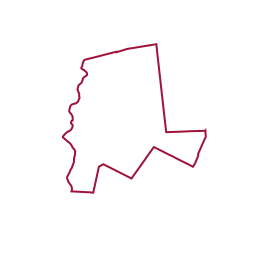 Hidalgo, Coahuila, Mexico, rotated 216°
{"feature_id": "50627088B72428644166662", "entity_name": "Hidalgo", "entity_type": "district", "adm_level": 2, "iso_a3": "MEX", "parent_name": "Mexico", "parent_adm1": "Coahuila", "projection": "albers", "projection_center": [-99.978, 27.853], "detail": "fine", "context": "isolated", "style": "outline", "palette": "rose", "viewbox_px": 256, "rotation_deg": 216, "n_neighbors": 0, "source": "geoboundaries", "source_scale": "gbopen_adm2", "svg_char_len": 3565}
<svg xmlns="http://www.w3.org/2000/svg" viewBox="0 0 256 256"><g transform="rotate(216 128 128)"><path d="M63.8,171.3L63.8,171.2L72.6,164.4L73.3,163.9L74.1,163.3L76.5,161.4L76.7,161.2L84.4,155.1L94.6,147.1L94.8,147.2L96.2,148.8L96.4,149.0L106.4,159.9L108.7,162.4L118.1,172.7L118.2,172.8L119.1,173.8L123.3,178.4L126.8,182.2L129.5,185.2L140.2,196.9L143.5,200.5L148.8,206.3L154.3,212.5L175.1,191.5L175.2,191.4L177.8,187.9L181.8,182.6L182.2,182.9L184.2,180.5L189.1,174.6L191.8,171.3L196.3,165.9L198.2,163.6L199.2,162.5L203.3,157.5L203.3,157.4L203.3,156.8L203.2,156.1L202.9,154.5L202.6,153.5L202.0,152.4L201.5,151.2L201.4,150.9L201.3,149.9L201.3,149.6L201.1,149.2L200.9,149.0L200.7,148.8L200.4,148.8L199.6,148.7L198.9,148.8L198.3,149.0L197.9,149.1L197.7,149.1L197.4,148.9L197.1,148.9L196.5,148.9L196.4,148.9L196.0,148.9L195.7,148.9L195.1,148.8L194.4,148.6L194.2,148.6L193.8,148.4L193.6,148.3L193.5,148.2L193.4,148.2L193.1,147.9L192.8,147.6L192.6,147.3L192.6,147.2L192.4,146.9L192.4,146.3L192.5,145.9L192.8,144.9L193.2,144.0L193.4,143.2L193.6,142.2L193.6,141.7L193.5,141.2L193.1,140.6L192.9,139.9L192.4,138.5L192.3,137.7L192.3,136.9L192.4,136.2L192.6,135.4L192.8,135.0L192.9,134.6L193.0,134.0L193.0,133.4L192.9,133.2L192.8,132.8L192.6,132.1L192.3,131.2L191.8,130.2L191.2,129.3L191.2,129.2L190.8,129.0L190.0,128.5L189.0,127.8L188.7,127.6L188.3,127.4L187.6,127.0L187.2,126.6L187.0,126.3L186.9,126.0L186.7,125.6L186.5,125.2L185.5,124.5L185.1,124.2L185.0,123.9L184.9,123.6L184.6,122.7L184.4,121.5L184.1,120.6L184.0,120.2L184.0,119.9L184.3,118.5L184.4,118.0L184.5,117.7L184.8,117.1L185.2,116.5L185.7,116.3L185.8,116.2L186.0,115.8L186.6,114.9L187.1,114.2L187.3,113.7L187.3,113.4L187.4,112.9L187.5,112.4L187.5,111.8L187.4,111.4L187.0,110.6L186.8,110.1L186.4,108.8L186.0,108.0L185.5,107.2L185.2,106.8L184.7,106.6L183.9,106.3L183.1,106.1L182.3,105.9L182.1,105.8L181.6,105.7L179.9,104.9L179.4,104.5L178.6,103.5L177.8,102.5L177.2,101.6L177.3,101.5L177.3,101.4L177.8,100.8L177.8,100.7L177.8,100.1L177.7,99.8L177.3,99.0L177.1,98.6L176.8,98.3L176.7,98.2L176.1,98.2L175.0,98.0L174.7,97.8L174.2,97.4L173.9,97.1L173.6,96.7L173.5,96.2L173.3,95.1L173.2,94.7L173.1,93.6L173.2,92.7L173.4,91.9L173.9,90.6L174.7,89.2L175.0,88.4L175.1,87.7L175.4,86.1L175.6,84.3L175.6,83.3L175.6,82.9L175.5,82.6L175.4,82.4L175.1,82.2L174.7,82.1L173.0,82.0L172.7,82.0L171.4,81.9L171.0,81.9L169.5,81.7L168.4,81.6L166.4,81.6L166.1,81.6L165.6,81.4L165.0,81.3L164.1,81.0L163.9,80.9L163.0,80.6L161.5,79.7L161.2,79.5L160.8,79.5L160.7,79.5L159.7,79.3L158.7,78.9L158.1,78.7L157.7,78.5L157.6,78.4L157.4,78.3L157.0,78.1L156.9,77.9L156.7,77.5L155.9,76.3L155.7,75.9L155.5,75.7L155.3,75.4L155.2,75.2L154.6,73.7L154.4,73.1L153.9,72.0L153.8,71.5L153.3,71.0L152.7,70.1L152.2,69.4L151.8,68.8L151.5,68.0L151.2,66.7L151.0,66.1L150.9,65.7L150.7,64.7L150.3,63.8L150.3,63.5L150.1,63.1L150.0,62.4L149.9,60.3L149.7,59.5L149.3,58.2L149.1,57.2L148.9,55.7L148.8,54.9L148.7,53.7L148.4,52.5L147.6,51.5L146.1,50.4L145.7,50.1L145.0,49.7L144.3,49.3L142.7,48.7L141.2,48.3L140.0,47.8L139.6,47.6L139.2,47.3L138.5,46.8L137.6,45.9L137.3,45.4L137.1,45.0L136.8,44.4L136.6,43.8L136.5,43.5L122.3,52.7L121.7,53.2L118.1,55.2L120.7,61.2L121.5,63.0L122.3,64.8L123.7,68.0L127.0,75.5L128.2,78.2L128.7,79.5L128.8,79.6L126.6,84.2L126.4,84.2L113.7,86.3L98.7,88.7L95.5,89.2L95.7,112.3L95.8,114.5L95.9,127.8L87.5,129.2L79.1,130.5L75.2,131.3L71.3,131.8L57.0,134.2L52.7,134.8L52.9,138.6L54.5,145.2L55.0,147.2L56.0,148.0L56.2,149.2L56.5,150.3L57.2,153.7L58.0,157.1L59.5,164.4L59.5,164.8L59.9,166.6L63.8,171.3Z" fill="none" stroke="#9f1239" stroke-width="2"/></g></svg>